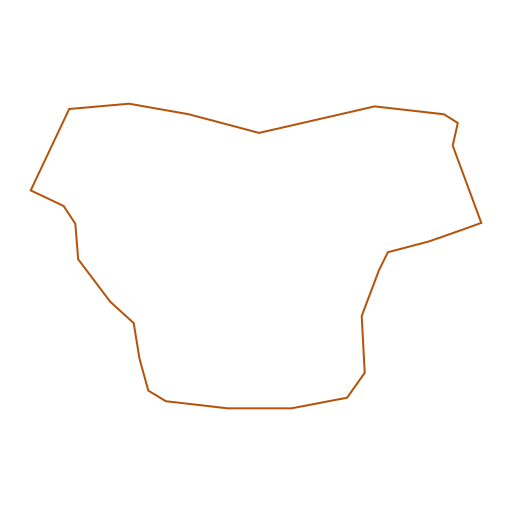 map outline of Sunderland (Natural Earth projection)
{"feature_id": "GBR-5664", "entity_name": "Sunderland", "entity_type": "Metropolitan Borough", "adm_level": 1, "iso_a3": "GBR", "parent_name": "United Kingdom", "parent_adm1": "", "projection": "natural_earth1", "projection_center": [-1.453, 54.859], "detail": "fine", "context": "isolated", "style": "outline", "palette": "amber", "viewbox_px": 512, "rotation_deg": 0, "n_neighbors": 0, "source": "natural_earth", "source_scale": "10m", "svg_char_len": 458}
<svg xmlns="http://www.w3.org/2000/svg" viewBox="0 0 512 512"><path d="M444.0,114.3L457.8,123.0L452.7,145.6L481.3,222.9L460.1,230.5L428.7,241.5L387.9,252.2L379.1,269.9L361.7,316.0L364.7,372.8L347.1,397.7L291.5,408.3L227.2,408.3L165.8,401.2L148.3,390.6L139.5,358.7L133.7,323.1L110.3,301.8L78.2,259.3L75.3,223.7L63.6,206.0L30.7,190.4L69.2,109.0L129.0,103.7L188.9,114.3L259.0,132.9L374.6,106.4L444.0,114.3Z" fill="none" stroke="#b45309" stroke-width="2"/></svg>